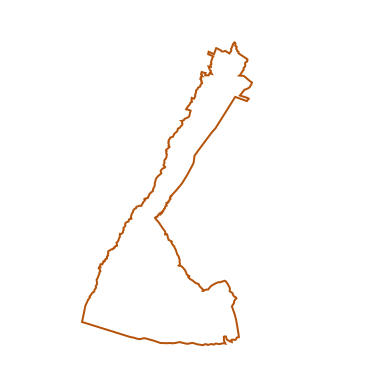 the district of San Francisco Tetlanohcan, Tlaxcala, Mexico, rotated 103°
{"feature_id": "50627088B55823705242599", "entity_name": "San Francisco Tetlanohcan", "entity_type": "district", "adm_level": 2, "iso_a3": "MEX", "parent_name": "Mexico", "parent_adm1": "Tlaxcala", "projection": "equal_earth", "projection_center": [-98.111, 19.261], "detail": "fine", "context": "isolated", "style": "outline", "palette": "amber", "viewbox_px": 384, "rotation_deg": 103, "n_neighbors": 0, "source": "geoboundaries", "source_scale": "gbopen_adm2", "svg_char_len": 6034}
<svg xmlns="http://www.w3.org/2000/svg" viewBox="0 0 384 384"><g transform="rotate(103 192 192)"><path d="M91.1,159.0L88.3,157.7L88.2,157.9L87.8,159.7L87.2,167.0L80.4,163.8L80.1,162.9L78.0,160.3L76.8,159.3L75.5,159.1L74.3,158.5L71.8,158.2L70.9,160.6L67.4,167.3L67.3,168.8L67.7,170.2L67.9,172.1L67.1,171.4L61.9,169.6L61.1,169.1L60.6,169.4L59.3,169.6L58.1,168.6L56.8,168.5L55.5,169.1L53.9,169.2L52.4,167.6L51.0,167.6L50.8,168.1L50.1,168.1L46.4,177.9L45.2,178.1L45.0,178.4L44.6,179.5L43.9,179.7L42.6,181.1L42.0,181.2L41.6,181.0L40.5,181.1L40.3,181.6L40.2,182.4L39.9,182.6L39.6,182.8L38.6,182.8L37.1,183.3L36.7,184.4L39.1,185.4L40.4,185.2L41.1,185.7L42.3,185.7L43.9,186.1L45.2,185.5L45.9,185.6L48.6,186.7L47.0,191.4L47.8,192.5L48.3,193.7L48.2,195.0L47.5,195.7L46.5,199.7L46.4,200.8L52.7,201.6L51.6,207.3L54.0,207.3L55.1,201.8L57.6,202.4L61.5,202.7L62.2,202.1L63.0,202.2L63.3,202.0L63.9,202.5L65.9,201.7L66.0,204.1L69.0,202.1L69.8,200.8L70.5,200.8L71.6,200.3L72.0,199.6L72.5,199.2L72.4,200.6L72.1,201.5L73.9,201.9L74.7,202.2L75.3,205.3L75.3,205.5L73.0,205.5L73.2,207.1L72.8,209.4L73.3,209.7L74.6,209.5L75.4,209.7L75.7,209.3L75.8,208.6L76.5,208.4L76.9,207.9L77.0,208.5L78.2,209.3L79.4,208.6L80.0,209.2L80.2,208.7L80.9,208.4L81.4,207.7L82.4,207.8L82.7,207.3L83.0,207.3L83.3,206.8L83.6,206.6L85.6,207.8L87.3,207.7L89.1,209.6L89.9,209.6L91.2,210.1L91.9,210.8L93.1,210.8L93.8,210.5L96.9,210.8L97.6,210.4L99.1,210.6L100.7,211.0L100.3,213.4L100.9,213.5L102.5,213.0L103.6,213.1L103.8,212.3L104.0,212.2L105.5,213.6L107.6,214.0L108.5,214.7L109.5,215.1L110.1,215.5L112.7,216.3L112.7,213.7L113.1,211.6L115.9,211.8L118.9,211.7L119.9,212.4L121.1,213.8L122.1,215.3L122.7,215.8L123.6,216.0L124.6,217.2L125.1,218.3L125.5,217.3L127.2,217.2L127.7,216.6L129.2,216.8L130.5,217.7L131.9,218.2L132.6,219.0L133.1,219.3L133.4,220.0L134.2,219.9L135.0,220.1L136.0,220.0L139.5,222.5L142.2,222.9L142.7,223.3L143.8,225.4L145.2,225.6L146.4,226.3L147.5,226.3L148.3,225.8L148.8,226.2L149.3,226.2L151.4,225.0L152.3,225.3L152.9,224.8L152.9,224.2L153.4,224.1L154.0,224.8L154.8,225.1L155.5,225.8L156.1,226.1L156.7,226.6L157.6,226.7L158.0,226.1L158.3,225.8L159.3,226.0L160.1,225.8L161.0,224.9L162.1,225.0L164.1,224.7L165.5,225.1L166.6,225.9L167.6,226.0L168.1,226.0L169.7,225.4L172.4,225.8L173.1,224.7L173.2,224.2L173.7,223.7L174.2,223.9L174.6,224.3L175.8,226.0L177.3,226.8L178.3,227.2L179.2,227.1L180.5,226.1L181.1,226.3L184.0,228.5L186.1,229.7L187.7,230.1L191.9,230.2L193.2,229.8L194.6,229.8L198.1,230.6L199.6,230.2L200.5,231.0L201.5,231.4L202.0,232.2L203.1,232.5L203.9,233.1L205.1,233.1L207.2,233.8L207.5,233.6L207.9,234.0L209.1,236.5L209.5,236.8L209.9,235.8L211.4,236.3L212.8,237.3L214.2,237.4L214.9,237.9L215.6,238.1L216.7,238.1L217.1,238.6L217.1,239.8L218.7,242.5L219.4,243.0L220.4,242.9L221.2,244.0L222.1,244.7L224.2,245.2L225.0,245.0L226.8,245.8L230.4,245.9L231.6,245.0L232.1,245.6L232.4,246.7L232.7,247.1L233.6,247.3L235.0,247.2L236.3,249.1L237.2,249.9L238.7,249.9L239.8,249.3L241.5,250.0L242.1,250.7L242.8,250.7L244.2,250.0L245.3,250.4L246.8,250.2L248.1,250.9L248.9,251.7L249.0,252.8L251.1,252.5L251.6,252.2L254.5,252.8L256.2,252.8L257.0,253.3L257.5,253.4L258.2,254.1L261.3,252.9L261.5,253.1L261.5,253.7L261.9,254.3L262.4,254.6L262.9,254.7L263.1,255.2L263.7,255.5L264.2,255.2L264.6,255.4L265.1,256.1L265.2,256.6L265.9,256.9L266.2,257.9L266.8,258.5L267.5,258.9L267.7,259.4L268.6,260.3L269.3,260.3L270.7,259.7L271.4,260.0L272.2,259.9L272.8,259.5L274.0,260.4L275.9,259.9L276.3,260.1L276.6,260.9L277.4,261.4L278.3,261.3L278.5,261.8L279.1,261.6L279.4,261.8L279.6,262.7L280.0,262.9L280.8,262.6L281.7,263.1L282.7,263.1L282.9,263.7L282.7,264.3L283.1,265.0L284.9,264.9L286.0,264.2L286.2,264.6L286.4,265.7L287.3,265.7L288.5,264.1L290.1,263.4L290.9,264.1L291.6,264.2L292.8,263.9L296.2,264.6L297.0,264.5L298.9,265.2L303.0,263.8L305.4,264.6L306.9,264.0L309.4,265.0L311.0,264.9L311.8,265.4L312.1,266.2L315.4,267.5L316.8,268.3L317.5,267.7L320.5,269.0L326.9,270.3L343.4,269.9L347.2,219.4L347.0,215.8L347.3,213.2L347.3,210.6L346.7,208.8L345.7,207.0L345.3,205.8L345.1,204.4L345.5,195.6L346.2,188.9L345.9,187.2L345.1,182.9L344.0,179.1L344.0,177.7L343.0,174.6L341.3,171.0L341.0,169.7L341.1,165.4L341.0,162.4L338.9,157.6L339.2,152.3L338.8,147.0L338.5,146.3L337.4,145.3L337.1,143.6L337.5,142.1L335.9,139.4L335.7,137.5L335.7,136.3L334.3,134.8L334.1,131.2L332.4,127.7L332.2,126.8L332.2,125.4L329.5,127.5L325.9,128.4L325.5,128.1L325.2,127.1L325.2,126.4L327.7,125.1L328.2,124.2L329.0,121.4L329.2,119.5L327.4,120.3L327.2,120.3L326.6,118.9L326.4,116.5L325.9,116.1L324.0,115.6L323.5,115.3L322.9,113.7L320.0,114.7L306.5,120.3L301.8,122.8L294.4,127.4L290.7,126.1L289.0,126.4L286.9,125.7L285.6,124.8L284.9,125.4L284.4,127.2L283.8,128.1L282.8,129.0L281.3,129.9L280.2,132.9L279.6,133.2L277.5,133.3L275.2,135.1L273.3,136.8L271.3,139.2L271.2,140.5L272.0,141.5L272.5,142.7L273.7,144.3L273.8,145.7L275.8,148.6L277.1,149.9L277.8,150.9L280.4,153.0L283.3,154.2L284.1,156.7L285.0,157.9L285.6,158.2L286.0,159.4L284.6,159.4L282.1,163.4L280.2,164.9L279.9,167.9L278.1,171.5L277.2,174.4L275.8,176.5L274.8,175.7L274.4,175.8L274.3,176.9L273.6,178.5L271.5,179.8L269.5,181.4L266.8,185.3L266.6,186.9L266.8,187.7L266.7,188.4L265.3,187.5L265.0,187.5L262.8,188.4L261.3,188.6L257.8,190.5L256.3,192.2L251.7,195.0L249.9,196.7L249.1,196.9L247.9,198.9L246.9,199.6L245.7,200.8L244.8,200.6L244.2,202.4L244.0,204.0L241.4,205.5L239.3,206.4L238.6,207.3L238.6,208.0L239.3,208.3L239.4,208.7L237.1,209.0L235.9,210.0L233.8,212.6L229.2,217.4L226.1,221.7L225.6,222.2L224.8,221.3L224.5,221.5L223.9,220.9L223.8,220.1L221.5,219.6L221.1,217.7L220.2,217.2L219.7,218.3L219.1,217.6L219.0,216.6L218.0,216.8L217.4,215.7L216.4,216.0L215.5,215.4L214.9,215.5L214.1,214.7L211.9,214.7L211.0,213.6L209.7,214.4L208.7,213.7L208.3,214.2L207.4,212.7L206.6,213.0L205.4,212.0L204.3,212.2L203.5,211.4L202.5,212.2L201.9,211.7L200.9,212.0L200.4,211.0L199.8,211.1L195.2,208.4L187.6,204.5L185.3,203.5L176.7,200.6L165.5,197.5L162.8,197.0L156.1,197.7L149.4,194.9L129.8,186.3L124.5,183.4L89.6,171.3L91.1,159.0Z" fill="none" stroke="#b45309" stroke-width="2"/></g></svg>